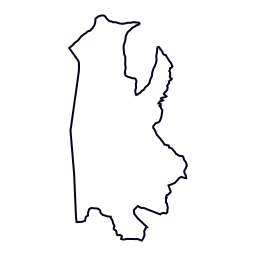 Imeko Afon, Ogun, Nigeria
{"feature_id": "59680162B69679397491551", "entity_name": "Imeko Afon", "entity_type": "district", "adm_level": 2, "iso_a3": "NGA", "parent_name": "Nigeria", "parent_adm1": "Ogun", "projection": "orthographic", "projection_center": [2.936, 7.607], "detail": "fine", "context": "isolated", "style": "outline", "palette": "ink", "viewbox_px": 256, "rotation_deg": 0, "n_neighbors": 0, "source": "geoboundaries", "source_scale": "gbopen_adm2", "svg_char_len": 3869}
<svg xmlns="http://www.w3.org/2000/svg" viewBox="0 0 256 256"><path d="M69.2,48.0L78.1,60.5L78.8,62.2L79.0,66.1L78.9,70.6L77.7,79.7L70.5,130.6L74.1,173.8L76.0,217.0L76.6,222.1L82.0,221.9L83.8,221.1L85.0,220.8L85.9,216.7L87.9,215.6L88.1,212.6L89.1,209.3L91.1,208.0L97.9,208.6L99.9,210.1L100.8,213.2L102.8,214.9L107.7,216.4L110.8,216.7L110.9,218.1L111.9,219.5L112.8,221.6L113.1,223.3L113.7,224.5L114.5,226.1L114.0,227.1L113.8,227.8L113.7,229.1L114.8,230.0L115.6,230.3L116.2,231.1L116.7,233.6L117.3,235.1L118.6,235.2L119.9,234.9L121.4,235.7L121.9,236.2L121.1,238.9L123.1,239.5L124.9,239.4L126.3,238.9L130.6,239.0L132.9,239.0L135.1,239.1L137.5,239.0L141.8,240.6L143.0,238.8L144.3,235.9L144.5,233.9L144.2,231.3L145.0,229.2L146.1,227.6L147.1,227.2L137.9,218.4L134.4,214.1L133.8,210.1L137.7,206.1L140.8,207.8L144.2,208.1L147.7,209.5L160.3,214.4L161.4,213.5L162.1,213.2L163.7,213.0L165.0,213.2L166.1,213.4L167.3,212.1L167.5,209.3L167.8,207.9L167.6,206.7L167.1,204.8L167.1,204.1L166.7,203.2L165.9,202.5L166.0,201.0L166.0,200.1L165.9,199.1L165.9,198.8L166.1,198.6L166.3,198.3L166.6,197.9L166.4,197.8L166.3,197.7L165.9,197.2L166.3,196.8L166.5,196.3L166.5,195.8L166.8,195.0L168.2,194.6L170.7,192.0L170.5,190.7L169.8,189.2L168.5,185.4L171.7,184.3L175.1,182.7L177.0,180.6L179.2,178.0L181.4,176.9L184.8,178.1L186.2,178.1L186.0,177.0L185.9,176.7L185.6,174.8L184.9,173.8L184.3,172.3L184.3,170.6L185.7,168.5L185.8,168.0L186.1,167.0L186.6,166.5L186.8,165.5L186.3,163.3L185.7,161.9L184.3,160.2L183.7,158.4L183.3,157.3L182.8,156.3L179.0,155.7L177.9,154.9L175.8,153.6L174.9,152.0L172.9,149.7L171.8,148.4L170.1,147.8L169.1,147.6L168.7,145.5L166.6,145.1L165.5,144.7L165.4,144.7L164.2,144.5L163.3,142.4L161.8,140.8L160.1,138.4L158.5,136.7L157.0,135.0L155.7,132.2L154.5,129.4L153.3,128.1L153.2,126.3L155.6,123.3L158.9,122.1L160.0,120.7L161.4,116.7L162.1,112.2L162.3,109.9L161.0,108.4L161.0,107.1L160.7,106.7L159.9,106.4L159.5,105.9L160.0,105.4L160.6,105.2L160.4,104.6L160.8,104.1L159.9,103.5L158.5,103.4L159.1,102.3L159.8,101.5L160.6,101.1L163.0,100.4L162.6,99.9L161.5,99.5L160.9,98.3L162.4,97.5L164.0,97.5L165.8,96.9L166.5,96.3L165.3,95.3L164.3,94.7L163.7,93.8L164.9,92.4L167.0,90.2L167.4,89.2L167.7,87.6L167.1,86.0L168.1,84.3L169.1,83.2L169.0,81.6L169.6,80.7L171.6,79.4L171.6,78.5L170.7,78.3L169.7,76.9L170.3,75.1L170.1,74.0L170.1,72.2L169.3,71.3L170.0,69.3L170.0,68.1L170.8,67.9L171.6,67.6L172.5,66.4L172.0,65.5L171.1,63.2L169.8,61.6L167.1,57.5L165.7,55.1L163.9,54.7L163.0,53.5L162.5,52.2L161.1,49.9L160.4,49.2L160.0,48.6L159.6,47.8L159.3,47.3L158.7,47.0L158.3,46.8L158.2,46.8L157.8,47.0L157.5,47.8L157.3,48.3L157.1,48.8L157.1,49.4L157.3,50.0L157.1,50.6L156.8,53.5L156.2,55.8L156.6,59.7L156.1,62.6L154.9,66.0L153.6,68.2L152.3,72.2L151.9,76.0L150.2,79.7L149.4,83.2L147.6,85.4L145.4,87.2L143.9,89.6L141.8,90.9L140.2,92.8L138.2,93.9L137.3,94.6L136.2,95.0L135.7,93.8L135.4,92.3L135.2,90.7L136.1,87.9L135.9,83.9L136.5,81.4L136.3,80.5L135.8,79.5L135.2,78.7L134.5,78.3L133.5,78.3L132.1,78.2L130.5,77.5L128.5,77.1L126.0,75.8L125.2,75.1L125.2,73.3L124.8,72.2L125.2,70.6L125.7,67.7L125.2,64.2L125.3,60.4L125.3,56.8L124.1,53.9L123.5,46.3L125.2,40.8L125.9,35.7L128.0,31.8L130.9,29.4L132.0,28.1L133.0,27.4L134.3,26.8L135.3,26.3L136.1,25.4L137.1,25.3L137.8,24.8L138.8,24.5L139.5,23.9L139.6,23.3L139.2,22.9L137.7,22.5L135.5,22.4L133.0,22.1L131.5,22.7L129.6,22.8L127.9,22.7L125.6,23.3L124.2,23.6L122.7,23.8L121.9,23.6L120.7,23.7L119.3,23.4L117.6,22.8L115.0,22.1L113.1,22.3L111.6,21.4L110.2,21.5L109.3,20.9L108.2,20.2L107.2,19.0L106.4,18.2L105.5,16.7L104.4,15.8L102.7,15.4L101.5,15.5L99.6,16.0L98.0,16.6L97.0,17.5L96.3,18.0L95.5,18.6L95.4,20.4L95.3,21.5L95.1,23.2L94.5,25.1L93.8,26.2L93.2,26.9L92.8,27.7L92.7,28.1L92.0,28.6L91.4,29.3L90.7,30.0L89.9,30.8L87.9,31.3L87.0,32.0L86.1,33.0L84.0,34.1L82.5,35.5L81.0,36.6L78.0,40.5L74.9,42.7L72.2,45.6L69.2,48.0Z" fill="none" stroke="#020617" stroke-width="2"/></svg>